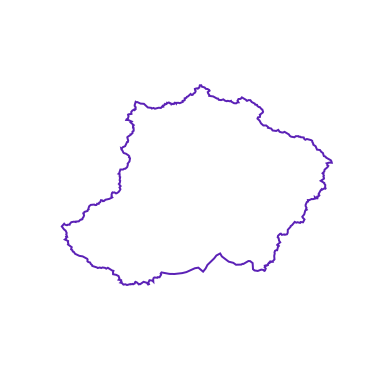 the district of Thayet, Magway, Myanmar, rotated 145°
{"feature_id": "60261553B17186200244276", "entity_name": "Thayet", "entity_type": "district", "adm_level": 2, "iso_a3": "MMR", "parent_name": "Myanmar", "parent_adm1": "Magway", "projection": "orthographic", "projection_center": [95.047, 19.416], "detail": "fine", "context": "isolated", "style": "outline", "palette": "violet", "viewbox_px": 384, "rotation_deg": 145, "n_neighbors": 0, "source": "geoboundaries", "source_scale": "gbopen_adm2", "svg_char_len": 6023}
<svg xmlns="http://www.w3.org/2000/svg" viewBox="0 0 384 384"><g transform="rotate(145 192 192)"><path d="M312.8,183.8L310.8,183.0L310.0,181.8L308.6,181.5L306.8,179.8L306.2,178.4L304.4,178.2L302.5,173.6L301.6,172.5L302.8,171.5L303.8,169.9L301.6,167.6L300.4,165.3L301.0,162.8L302.4,162.2L300.7,160.5L301.3,159.9L301.0,159.3L301.4,158.6L302.4,158.6L301.6,157.6L301.3,155.5L299.5,154.6L298.6,153.1L295.3,151.9L295.2,151.5L293.4,150.8L293.2,150.2L291.3,149.9L290.6,150.7L289.8,150.8L289.0,149.4L288.5,146.8L287.9,146.8L287.3,146.2L283.2,146.2L281.1,143.6L281.0,141.4L280.1,141.2L279.8,142.8L277.4,144.1L275.3,142.1L275.1,140.8L274.1,142.5L272.9,143.5L271.9,143.6L269.5,141.6L269.0,141.9L267.5,140.8L264.7,142.0L264.5,143.1L263.1,143.6L257.5,137.9L253.4,134.9L246.6,131.2L242.5,129.6L233.4,127.9L230.2,126.4L228.6,120.4L224.8,121.5L221.2,123.4L211.9,124.9L208.4,126.0L204.2,125.5L204.5,122.1L201.9,113.9L198.8,110.3L197.7,107.2L193.3,104.3L191.9,104.2L191.2,103.6L185.4,103.1L184.0,102.0L183.1,99.0L186.3,93.8L185.8,91.9L183.4,89.6L179.8,88.7L178.3,87.3L178.0,85.9L177.3,85.8L175.5,87.0L175.6,88.5L175.3,88.5L174.7,89.9L173.4,89.5L173.3,88.9L171.7,88.6L171.4,89.3L169.6,89.9L169.3,89.4L168.6,89.5L168.5,89.9L167.8,90.3L167.3,90.0L167.2,89.3L166.2,88.7L166.2,89.1L165.7,88.9L163.1,89.5L161.3,92.5L159.5,94.2L159.0,95.3L157.7,96.2L156.2,96.0L155.6,95.5L153.2,97.6L151.8,98.0L152.0,99.0L152.5,99.2L152.6,99.8L152.3,99.9L148.6,100.2L148.6,102.2L147.5,104.5L147.8,105.7L146.6,106.8L143.8,107.2L143.1,106.9L143.0,105.4L140.7,104.3L140.5,103.7L138.4,102.9L137.0,103.7L135.2,106.1L131.2,107.0L130.7,107.5L128.9,107.5L125.0,108.6L124.2,107.1L122.9,106.7L121.2,104.7L120.3,105.1L118.4,103.5L115.6,105.0L116.0,107.7L115.8,108.5L112.9,109.3L109.8,111.9L108.2,111.7L108.3,112.7L107.3,113.3L107.0,115.3L106.3,116.3L103.7,117.9L102.4,117.6L101.7,118.9L100.6,118.1L97.9,117.6L97.1,116.8L95.0,116.0L94.3,117.3L93.8,115.6L92.9,114.9L92.2,115.5L92.0,116.4L90.3,116.0L89.6,116.2L89.5,117.7L85.6,119.6L84.2,119.9L84.2,119.3L81.8,119.1L80.9,118.2L80.5,118.3L80.2,119.6L78.8,121.3L78.8,123.3L78.5,123.6L80.1,127.3L76.4,127.2L75.9,127.6L75.5,129.3L74.6,129.7L74.4,131.0L73.8,131.5L74.2,132.5L71.9,132.9L70.8,134.1L70.1,134.3L66.8,134.6L65.4,135.2L65.8,136.3L65.1,137.3L65.2,138.2L62.8,137.4L60.7,135.8L60.2,137.2L60.1,138.4L62.4,143.2L62.4,144.5L63.4,145.8L62.4,148.8L63.1,150.8L63.1,153.0L65.3,155.0L64.5,158.6L65.5,161.2L64.8,162.5L64.9,163.5L64.2,165.0L64.7,166.2L67.5,169.5L69.2,169.8L69.6,171.1L69.2,172.6L71.7,174.7L71.8,175.4L72.7,175.9L72.8,176.7L75.0,178.2L76.7,178.1L79.1,180.5L79.7,182.0L79.6,183.6L81.7,188.2L83.4,188.5L84.6,189.6L85.7,191.1L85.7,193.4L88.0,193.7L90.7,196.2L90.7,198.5L92.9,201.0L92.4,201.4L93.1,204.0L95.4,205.6L96.1,208.6L95.7,211.8L96.3,214.5L95.2,215.3L93.4,214.5L92.0,215.9L92.0,216.4L88.5,216.5L87.8,216.9L87.1,219.2L87.5,219.8L87.8,222.7L88.5,223.2L89.1,224.9L88.8,226.1L90.1,227.3L89.9,228.4L91.5,231.5L91.5,233.7L93.1,234.9L94.4,235.0L94.9,235.4L94.9,236.5L96.9,240.9L98.8,240.4L100.6,241.5L102.4,240.6L102.5,238.8L103.3,239.3L105.0,239.3L106.6,240.6L108.0,243.6L107.8,244.3L109.1,244.7L110.4,246.2L111.4,246.4L112.6,247.9L113.2,249.9L115.5,250.6L117.2,252.2L117.1,253.6L118.0,254.3L119.8,258.1L122.8,260.9L122.1,261.8L122.3,263.3L121.8,264.8L119.5,264.9L119.4,265.7L120.2,267.4L121.5,268.6L121.7,270.4L123.5,272.6L123.2,274.1L124.4,274.9L126.2,273.3L127.3,273.6L128.0,273.3L128.9,274.3L130.5,274.8L131.0,273.9L131.1,272.6L132.4,271.7L134.4,271.7L135.8,271.2L136.7,271.8L136.9,273.1L140.4,272.6L141.6,272.9L142.6,272.4L144.3,272.9L145.0,271.6L145.7,271.4L147.4,272.0L147.9,271.1L151.1,271.8L152.0,272.9L153.6,273.9L154.2,273.5L154.2,274.3L154.9,275.0L156.0,274.5L156.3,274.9L156.9,274.8L157.4,275.4L158.7,275.6L158.6,277.0L159.4,277.6L159.6,278.6L161.3,279.0L161.4,279.3L162.4,278.7L163.4,279.0L163.9,280.5L163.8,279.3L165.6,279.0L166.4,279.5L166.9,279.3L166.9,278.5L168.1,279.0L169.3,278.7L170.9,280.1L174.6,281.5L175.3,282.9L177.1,283.5L177.2,284.4L179.7,286.6L180.8,291.8L183.5,294.0L185.2,297.0L186.0,297.4L186.4,298.2L189.2,296.0L189.6,295.3L189.4,294.4L189.7,293.5L190.4,293.2L190.5,292.3L192.1,292.0L192.4,292.8L194.3,292.9L195.9,292.4L196.8,290.7L199.6,292.1L200.1,292.0L200.6,290.4L202.4,288.9L202.8,289.0L203.0,288.6L204.0,289.0L204.5,288.7L202.9,287.5L201.0,284.3L202.4,284.2L201.4,280.2L202.5,280.0L202.8,279.0L203.0,279.1L203.5,278.5L203.2,277.9L203.7,277.0L204.7,275.6L206.1,275.6L206.9,274.4L208.9,274.1L209.3,274.4L209.6,274.0L213.3,274.1L213.7,273.8L214.8,270.7L215.9,269.8L216.5,270.2L220.5,267.9L223.0,268.4L224.1,268.2L224.8,267.6L225.0,268.2L225.4,267.3L225.2,266.1L225.6,263.8L225.5,263.0L224.1,261.2L223.0,258.3L222.9,257.2L223.7,256.6L223.4,255.2L225.7,252.9L228.5,252.1L228.9,251.1L230.8,249.6L233.2,249.3L234.2,249.9L235.7,250.0L237.8,251.5L240.9,249.1L241.6,249.0L241.0,248.2L242.5,246.0L242.3,245.4L244.5,243.2L244.4,242.4L245.8,241.0L247.0,240.6L246.8,240.3L247.3,239.8L247.1,237.8L248.8,237.3L249.0,235.4L250.1,234.8L252.2,234.1L254.5,234.2L255.1,234.5L255.7,236.1L257.1,236.8L257.2,237.2L257.8,237.2L259.4,236.0L259.8,235.1L260.4,234.8L260.4,233.3L263.7,233.8L267.3,235.3L269.4,235.1L270.3,235.7L270.2,236.4L271.2,237.5L273.1,236.3L274.2,236.5L275.2,235.8L276.4,236.8L277.7,236.2L278.8,236.8L279.3,237.8L282.3,239.5L284.4,239.3L286.4,237.8L286.6,237.1L287.6,237.1L288.5,236.4L291.5,237.4L292.8,236.6L293.3,236.8L293.7,234.9L295.0,233.9L297.3,233.0L297.5,232.6L298.5,232.8L299.2,233.3L301.6,232.9L304.1,234.4L304.5,234.1L305.7,235.4L308.2,236.5L310.2,236.0L311.0,235.4L312.3,236.4L313.2,236.4L314.0,237.0L315.0,238.6L315.0,239.3L318.4,238.5L318.3,234.8L317.7,232.9L318.1,230.5L318.8,229.6L319.3,229.5L320.0,226.9L320.9,227.4L321.2,226.5L321.9,226.1L323.4,226.0L321.6,222.9L322.6,221.7L322.8,220.8L323.7,220.2L322.2,215.8L323.9,214.4L323.4,213.0L323.8,211.6L323.2,210.8L323.2,208.4L320.9,204.3L318.5,202.0L316.2,197.4L316.2,196.7L317.4,195.2L317.1,194.1L315.9,192.7L316.2,191.1L315.8,189.4L316.1,188.6L313.2,184.8L312.8,183.8Z" fill="none" stroke="#5b21b6" stroke-width="2"/></g></svg>